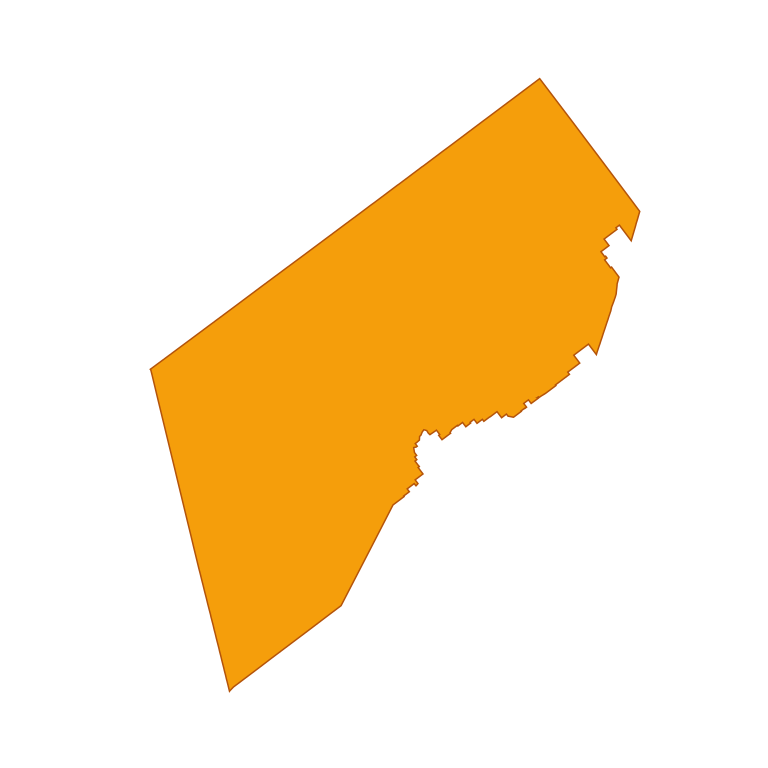 the district of Yilgarn, Western Australia, Australia, rotated 233°
{"feature_id": "25037944B56581938984526", "entity_name": "Yilgarn", "entity_type": "district", "adm_level": 2, "iso_a3": "AUS", "parent_name": "Australia", "parent_adm1": "Western Australia", "projection": "robinson", "projection_center": [119.083, -30.908], "detail": "fine", "context": "isolated", "style": "filled", "palette": "amber", "viewbox_px": 768, "rotation_deg": 233, "n_neighbors": 0, "source": "geoboundaries", "source_scale": "gbopen_adm2", "svg_char_len": 3929}
<svg xmlns="http://www.w3.org/2000/svg" viewBox="0 0 768 768"><g transform="rotate(233 384 384)"><path d="M536.4,206.2L535.5,206.2L534.8,205.9L534.1,205.6L530.3,204.0L509.0,194.7L440.7,165.2L435.9,163.1L417.9,155.3L416.7,154.8L414.2,153.7L392.5,144.3L379.2,138.6L368.0,133.7L348.3,125.2L345.4,124.0L342.5,122.8L336.7,120.3L333.8,119.1L331.9,118.3L326.1,115.8L323.2,114.6L320.3,113.4L314.5,110.9L309.7,108.9L305.8,107.3L304.8,106.9L303.9,106.5L302.0,105.6L300.0,104.8L298.1,104.0L294.2,102.4L290.4,100.7L288.5,99.9L287.5,99.5L286.5,99.1L281.7,97.0L280.7,96.6L279.8,96.2L275.9,94.6L272.1,93.0L269.2,91.7L265.3,90.1L260.5,88.0L256.7,86.4L253.8,85.2L250.9,83.9L247.0,82.3L243.2,80.6L241.2,79.8L237.4,78.2L233.5,76.5L231.6,75.7L231.8,76.5L232.6,81.5L232.6,102.3L232.6,111.6L232.7,128.2L232.7,143.7L232.7,154.1L232.7,164.4L232.7,174.8L232.8,202.4L232.8,216.3L262.8,278.7L269.9,293.4L282.0,318.4L282.0,330.6L282.0,332.3L282.7,332.3L282.7,339.4L286.3,339.4L286.3,342.2L286.3,348.2L283.5,348.2L283.4,348.3L284.0,351.2L288.7,351.2L288.7,354.5L288.7,357.0L288.7,360.9L288.7,361.0L296.8,361.0L296.8,362.5L297.7,362.5L297.7,362.4L303.8,362.4L303.8,364.7L307.3,364.7L307.3,367.1L310.9,367.1L315.3,369.4L315.4,369.5L314.3,371.7L314.3,373.1L317.6,373.1L317.6,374.9L317.9,378.5L320.7,380.9L320.9,382.7L322.6,385.5L323.5,388.3L321.1,390.1L318.0,389.8L315.9,390.2L315.6,396.6L315.6,398.1L314.6,398.1L310.1,398.1L310.1,396.8L304.6,396.8L304.6,407.5L305.4,407.4L306.8,410.7L306.8,413.4L306.8,417.7L306.0,417.7L306.0,419.8L306.0,423.6L303.8,423.6L300.6,423.6L300.7,429.7L301.6,429.7L301.6,434.6L296.6,434.6L296.6,441.3L294.1,441.3L294.1,448.7L293.9,449.0L293.9,451.2L293.9,457.6L287.7,457.6L286.3,457.6L286.3,462.0L286.3,463.7L283.6,463.7L282.9,464.4L280.9,466.2L280.2,466.8L279.5,467.5L279.5,469.5L279.5,471.6L279.5,472.8L279.5,477.2L280.0,477.2L280.0,481.7L279.7,481.7L279.7,481.8L279.7,483.9L284.4,483.9L284.4,487.4L284.4,489.8L279.9,489.8L279.8,498.3L280.2,498.2L280.1,498.3L280.1,498.5L280.3,498.6L280.5,498.7L280.8,498.7L280.9,499.1L280.9,499.6L279.9,499.7L279.8,502.5L279.4,506.1L279.5,506.1L279.3,507.5L279.3,520.4L280.1,520.4L280.1,520.5L280.1,537.9L281.0,537.9L282.2,537.9L282.9,537.9L282.9,539.0L282.9,552.9L286.5,552.9L292.8,552.9L292.8,562.2L292.8,566.9L292.8,571.3L291.1,571.3L286.4,571.3L279.7,571.3L281.6,573.9L281.8,574.2L282.4,575.1L284.7,578.4L285.7,579.9L286.2,580.7L287.8,582.9L289.9,586.0L292.4,589.5L295.4,593.9L296.6,595.6L297.2,596.5L298.4,598.2L300.9,601.9L301.2,602.3L301.5,602.7L302.7,604.4L304.4,606.9L305.0,607.8L305.3,608.2L305.6,608.7L306.2,609.5L306.8,610.1L307.3,610.8L308.5,612.1L310.3,615.0L311.9,617.5L313.0,619.1L314.1,620.8L314.6,621.5L316.1,623.5L316.5,623.9L318.7,625.9L322.2,629.2L323.7,630.5L327.3,635.2L327.9,636.0L340.4,636.1L340.4,634.9L347.3,634.9L348.3,634.9L350.4,634.9L350.4,636.6L350.4,637.9L352.7,637.9L352.7,636.9L355.9,636.9L359.1,636.9L359.1,640.4L359.1,643.4L359.1,643.8L359.1,647.0L361.4,647.0L362.4,647.0L367.3,647.0L367.3,663.2L369.2,663.2L369.2,667.3L369.2,667.6L364.2,667.6L359.9,667.6L354.4,667.6L349.6,667.6L358.9,680.1L360.5,682.1L362.5,684.9L365.6,689.0L367.9,692.1L368.1,692.1L382.9,692.2L431.7,692.3L447.6,692.3L454.9,692.3L457.0,692.3L472.3,692.3L473.2,692.3L479.8,692.3L481.9,692.3L534.2,692.1L534.3,652.7L534.4,612.0L534.4,609.1L534.4,603.9L534.4,602.9L534.4,591.6L534.4,590.6L534.4,586.5L534.4,583.3L534.4,582.2L534.5,570.5L534.5,569.5L534.5,558.9L534.5,557.8L534.5,546.1L534.6,545.1L534.6,533.4L534.6,532.4L534.6,520.7L534.6,517.5L534.6,516.4L534.7,514.3L534.7,513.3L534.7,511.1L534.7,510.1L534.7,508.0L534.7,506.9L534.7,504.8L534.7,503.7L534.7,495.2L534.7,494.2L534.7,492.0L534.7,491.0L534.7,488.9L534.7,487.8L534.7,485.7L534.8,481.4L534.8,479.3L534.8,478.3L534.8,475.1L534.8,472.9L534.8,469.8L534.8,469.3L534.9,457.8L535.2,397.5L535.4,374.7L535.6,344.6L535.7,312.5L535.9,280.3L536.0,263.2L536.2,229.4L536.4,206.2Z" fill="#f59e0b" stroke="#b45309" stroke-width="1.5"/></g></svg>